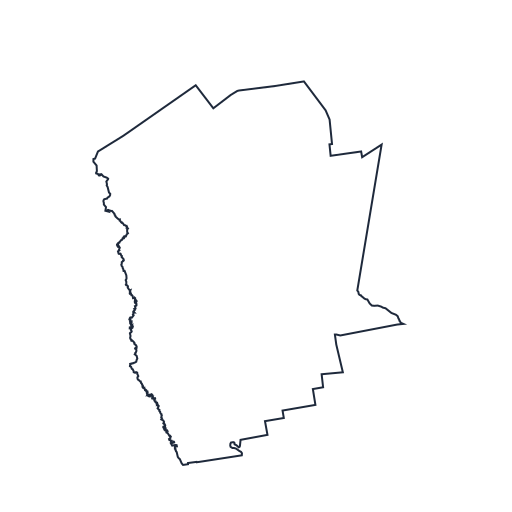 Graneros, Tucumán, Argentina (orthographic projection), rotated 249°
{"feature_id": "61730980B10036181744679", "entity_name": "Graneros", "entity_type": "district", "adm_level": 2, "iso_a3": "ARG", "parent_name": "Argentina", "parent_adm1": "Tucumán", "projection": "orthographic", "projection_center": [-65.334, -27.735], "detail": "fine", "context": "isolated", "style": "outline", "palette": "slate", "viewbox_px": 512, "rotation_deg": 249, "n_neighbors": 0, "source": "geoboundaries", "source_scale": "gbopen_adm2", "svg_char_len": 6115}
<svg xmlns="http://www.w3.org/2000/svg" viewBox="0 0 512 512"><g transform="rotate(249 256 256)"><path d="M410.2,145.9L404.6,140.7L404.8,139.0L402.3,138.0L397.6,139.6L392.3,137.9L390.8,136.4L390.3,136.4L389.3,137.8L387.5,138.2L387.1,139.0L387.2,139.7L388.1,139.8L387.8,141.0L384.9,142.1L382.7,144.7L381.2,145.7L380.7,145.4L379.2,143.0L376.4,142.6L375.4,141.9L373.6,142.2L368.0,141.5L366.3,142.2L365.1,141.6L364.1,140.4L363.7,138.3L363.0,137.6L363.4,134.7L362.6,133.6L361.6,133.1L360.1,133.0L358.5,132.4L355.4,133.5L352.2,131.6L350.4,134.1L351.9,133.7L352.1,134.3L351.8,134.8L351.0,135.1L350.9,135.9L350.2,136.4L349.7,137.7L346.1,139.0L345.3,138.7L344.2,139.2L343.4,138.9L340.3,140.4L339.1,141.3L338.9,142.0L337.9,141.4L337.2,141.9L336.0,142.1L335.5,142.8L335.0,142.6L334.2,143.5L332.1,143.9L331.5,145.0L330.4,145.5L330.4,146.0L328.8,146.1L328.5,145.4L327.5,146.2L326.9,145.2L324.5,144.3L323.1,144.6L322.6,143.1L320.9,141.5L321.0,140.9L321.5,140.6L321.6,139.9L320.9,139.3L320.4,139.6L320.1,139.3L320.6,138.8L320.0,138.4L320.3,137.8L319.1,136.7L319.1,135.5L318.3,134.5L318.1,133.7L317.4,133.2L317.6,132.3L317.4,131.8L316.8,131.7L316.4,131.2L316.8,129.6L316.1,130.5L315.2,130.2L314.0,130.4L313.7,130.9L314.2,131.5L312.6,131.8L310.8,130.2L310.2,130.4L309.8,128.8L307.4,128.6L307.0,128.9L306.8,130.3L306.6,130.4L304.7,130.3L304.0,130.8L303.0,130.2L300.9,131.2L299.5,131.1L299.3,130.3L298.9,130.3L298.4,128.5L296.7,127.8L296.3,127.2L294.9,127.0L293.6,127.5L292.4,127.2L291.4,127.4L289.5,127.0L289.2,128.0L284.4,128.0L281.7,127.2L280.9,126.7L280.2,125.7L278.4,125.7L276.2,124.8L275.8,124.2L275.2,124.4L274.7,125.2L273.6,125.6L272.5,124.9L270.0,125.5L269.1,126.0L269.1,126.5L268.0,125.5L267.5,125.8L266.9,125.5L266.6,124.8L266.0,124.7L265.7,125.8L264.1,125.6L263.9,126.2L262.9,126.5L260.7,126.1L260.6,126.7L259.8,127.6L260.3,127.9L259.9,128.1L258.2,127.2L258.3,127.6L257.7,128.2L256.7,128.4L256.5,127.9L256.9,127.7L257.0,127.2L256.5,127.2L256.0,126.3L255.5,126.3L255.3,126.6L256.1,126.9L256.0,127.4L255.5,127.1L254.9,127.4L252.9,126.8L252.7,126.6L252.9,126.1L252.4,125.6L252.5,125.0L250.2,124.7L250.2,123.4L249.1,123.6L248.2,121.7L246.9,122.2L247.3,121.4L247.1,121.1L245.8,120.8L245.4,120.1L244.4,120.4L243.0,118.1L243.7,116.7L243.3,116.0L242.1,115.0L241.6,115.2L241.5,115.9L239.9,115.2L239.5,115.6L239.5,116.4L238.8,116.2L238.6,115.5L239.0,115.0L238.6,115.0L238.6,114.5L238.3,114.4L237.8,114.5L237.9,115.0L237.6,115.2L237.0,114.7L236.1,114.6L236.1,115.7L234.7,114.7L234.3,115.7L233.3,115.0L233.2,114.7L233.9,114.8L234.2,114.5L233.7,114.4L233.4,114.0L233.9,113.0L234.5,113.0L234.6,112.6L233.7,112.2L233.5,112.7L232.7,112.8L232.3,113.1L231.7,112.7L230.3,113.0L229.5,112.2L229.5,111.3L229.1,110.6L226.3,110.2L224.8,109.2L223.8,109.0L222.6,109.6L221.7,109.2L221.4,109.5L221.5,110.1L220.0,110.9L218.5,111.4L217.7,110.9L216.6,111.6L216.1,111.6L215.6,112.1L214.0,112.1L212.8,111.4L213.4,110.6L213.1,110.0L212.6,110.0L212.1,110.7L210.3,110.4L209.0,109.2L208.7,108.5L208.2,108.5L207.7,107.6L205.5,108.8L202.7,108.4L202.0,107.5L200.2,106.3L199.9,104.4L200.1,103.0L199.8,102.4L200.2,101.8L200.4,100.0L199.6,100.0L199.3,99.3L198.3,98.8L197.2,99.7L195.2,99.6L194.5,100.3L192.2,100.5L191.3,100.2L190.3,101.3L190.6,102.4L189.7,103.3L188.4,102.9L186.3,103.1L185.8,102.9L185.5,102.1L185.0,101.7L183.7,101.4L182.7,101.6L182.4,102.0L180.2,103.0L180.1,103.4L178.4,103.2L177.8,103.7L176.9,103.5L175.8,103.9L175.6,103.6L175.0,103.7L175.0,103.3L174.4,103.1L173.8,103.5L173.5,103.4L173.1,104.4L172.6,104.0L171.0,104.9L171.0,104.4L170.5,104.3L170.0,105.2L169.3,105.5L169.0,105.3L169.2,105.0L168.4,105.1L168.6,105.4L168.4,106.1L167.4,105.9L166.9,104.9L166.0,104.8L165.5,105.5L165.1,104.9L165.0,105.6L164.2,105.1L163.6,105.5L163.6,106.2L162.9,106.6L163.4,107.4L164.0,107.5L163.5,108.1L163.8,108.6L164.4,108.6L164.4,109.0L163.6,109.3L163.4,108.7L162.8,108.4L162.0,109.5L161.4,108.9L161.0,109.0L160.8,108.2L160.2,108.0L160.0,108.3L160.3,108.9L159.4,109.3L159.7,110.0L159.4,110.8L158.8,110.7L158.3,109.7L157.6,109.3L157.0,109.4L156.3,110.2L155.5,109.8L154.5,111.1L153.6,111.0L153.4,110.2L152.4,110.5L152.2,110.3L152.0,111.0L151.4,111.0L151.0,111.4L150.5,111.2L150.5,110.7L149.4,110.2L149.1,109.6L147.6,110.1L147.0,110.7L145.9,110.2L145.0,110.7L144.1,110.4L142.7,110.7L142.1,111.1L141.4,110.7L140.9,110.9L139.3,109.7L138.2,110.1L137.4,109.0L135.7,110.5L134.1,110.7L132.9,109.5L132.5,109.7L132.6,110.3L130.5,110.6L129.6,110.1L130.2,109.7L129.7,109.2L129.8,108.3L129.1,108.0L128.6,108.2L127.9,109.2L127.7,108.3L127.0,108.2L126.9,108.5L127.5,109.0L127.0,109.4L126.4,108.5L125.8,108.6L125.5,109.2L126.1,109.4L125.5,109.6L125.3,110.4L124.4,110.6L124.5,109.8L123.9,109.2L123.3,109.1L122.3,110.1L119.1,110.7L119.1,111.3L118.0,111.7L117.6,111.1L116.9,111.0L116.3,109.2L115.3,109.2L115.2,109.7L114.9,109.6L114.0,110.8L113.7,110.2L111.7,109.9L111.6,110.1L112.2,111.0L112.0,111.4L112.2,112.7L111.8,112.9L111.3,112.8L111.5,110.1L111.6,109.4L109.0,109.8L108.5,112.9L107.9,114.1L106.6,113.9L107.0,111.9L105.1,111.2L104.6,111.7L103.8,111.3L103.2,111.5L102.4,111.3L101.4,111.7L96.5,111.0L94.9,111.4L93.7,112.1L89.1,112.3L87.1,113.0L86.0,117.9L87.1,118.3L85.1,126.7L84.7,126.7L84.0,129.8L75.0,171.3L76.9,172.2L78.6,171.8L79.9,170.6L83.3,168.4L84.5,166.9L85.2,165.2L86.9,163.9L88.2,164.0L89.9,164.8L90.8,165.8L90.4,167.9L90.0,168.6L89.1,168.9L88.3,168.5L87.7,168.6L86.4,169.9L83.6,171.3L83.7,172.2L84.4,172.9L89.9,175.7L84.9,202.6L98.6,205.2L94.8,223.9L102.2,225.4L95.7,258.1L111.4,261.4L109.4,271.6L122.1,274.9L116.3,295.4L144.5,299.2L154.4,301.5L153.9,302.9L151.6,306.2L141.4,363.3L139.8,369.2L141.6,367.4L142.2,367.1L143.4,367.1L144.0,366.7L145.7,366.9L146.4,366.6L149.0,366.7L151.0,365.6L154.3,362.0L160.8,358.2L162.3,356.0L163.9,354.7L166.1,351.9L167.1,348.6L168.2,346.4L171.0,345.1L175.5,344.4L176.2,343.1L177.3,342.0L180.1,340.5L180.6,340.0L181.5,340.0L182.6,338.7L183.8,338.3L185.8,338.7L187.5,338.2L315.0,413.2L310.2,390.5L315.9,391.6L322.8,361.6L333.9,364.6L333.3,367.1L357.0,373.6L367.0,373.2L401.8,363.3L407.9,334.6L416.6,299.4L416.8,297.7L415.4,290.1L409.2,269.1L437.0,260.9L415.8,175.3L410.2,145.9Z" fill="none" stroke="#1e293b" stroke-width="2"/></g></svg>